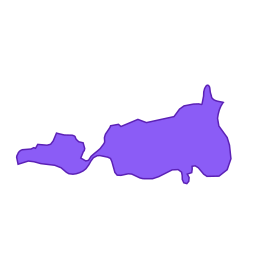 the District of Samdrup Jongkhar, rotated 8°
{"feature_id": "BTN-2492", "entity_name": "Samdrup Jongkhar", "entity_type": "District", "adm_level": 1, "iso_a3": "BTN", "parent_name": "Bhutan", "parent_adm1": "", "projection": "robinson", "projection_center": [91.574, 27.008], "detail": "fine", "context": "isolated", "style": "filled", "palette": "violet", "viewbox_px": 256, "rotation_deg": 8, "n_neighbors": 0, "source": "natural_earth", "source_scale": "10m", "svg_char_len": 1755}
<svg xmlns="http://www.w3.org/2000/svg" viewBox="0 0 256 256"><g transform="rotate(8 128 128)"><path d="M233.5,147.7L232.0,155.5L224.8,163.0L212.9,164.9L209.4,163.2L203.2,157.6L199.8,156.1L196.8,157.0L197.3,159.9L197.3,163.3L193.1,165.4L195.4,168.5L195.6,172.3L194.0,174.9L190.9,174.5L188.9,171.4L188.3,167.6L187.2,164.3L183.5,162.2L177.6,163.3L165.2,171.9L159.4,174.8L149.9,176.1L146.8,175.8L138.1,173.1L134.6,173.3L127.5,175.9L123.8,176.2L121.2,173.8L116.7,163.5L114.9,160.6L112.0,159.7L104.1,159.2L101.4,159.7L97.9,162.2L95.9,165.8L94.3,169.9L92.0,174.2L89.5,176.8L86.4,178.9L83.1,180.5L79.9,181.4L75.8,181.5L73.1,180.4L67.3,176.7L60.6,175.1L46.6,175.4L39.7,174.5L33.9,174.6L24.2,179.2L21.8,172.5L21.8,171.5L21.9,170.7L22.5,169.1L22.8,167.8L23.8,166.1L25.2,164.9L26.4,164.2L34.9,162.3L37.4,160.6L37.8,160.6L38.6,160.9L39.2,161.0L40.9,156.8L50.2,156.3L53.6,154.9L55.7,151.3L57.9,143.0L60.5,143.3L66.0,143.8L73.7,142.9L75.5,143.2L76.7,143.8L77.9,146.0L79.3,147.2L81.2,148.5L85.6,148.9L88.0,154.4L87.9,155.4L87.8,156.6L87.1,157.5L85.4,164.3L90.8,166.5L93.4,165.5L95.4,161.2L97.1,159.2L98.6,157.5L100.7,155.3L103.3,152.3L106.1,147.3L106.8,145.5L106.7,144.2L106.0,141.0L106.3,138.6L106.6,137.1L110.0,130.1L110.5,128.2L118.0,125.7L120.8,127.5L136.6,118.1L145.5,120.1L172.0,110.3L176.4,102.1L180.4,98.3L189.5,95.2L194.6,94.3L197.4,94.5L197.9,94.1L198.0,93.3L198.4,85.9L198.0,81.7L198.4,78.2L199.5,75.5L200.4,74.6L201.3,74.5L202.3,75.1L203.0,76.0L203.4,77.0L204.4,80.7L204.9,82.1L206.0,84.4L206.3,85.4L206.8,86.4L207.7,87.2L209.3,88.2L211.0,88.7L212.8,89.0L218.3,89.3L218.8,89.4L218.3,90.2L216.9,93.5L215.9,97.5L215.4,101.7L215.3,105.9L217.7,113.4L227.5,123.6L230.9,130.9L234.2,144.1L233.5,147.7Z" fill="#8b5cf6" stroke="#5b21b6" stroke-width="1.5"/></g></svg>